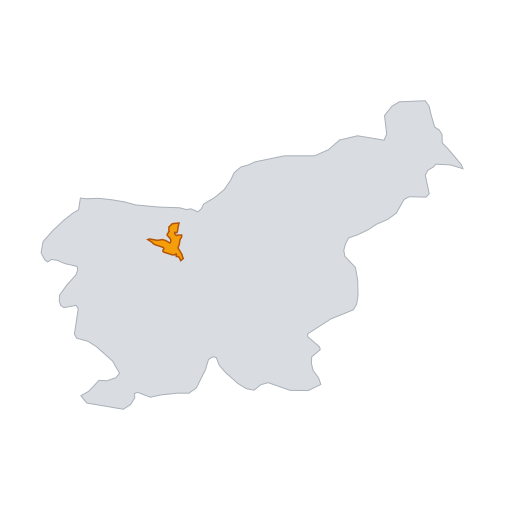 Slovenia, with Kranj highlighted, rotated 355°
{"feature_id": "SVN-1013", "entity_name": "Kranj", "entity_type": "Municipality", "adm_level": 1, "iso_a3": "SVN", "parent_name": "Slovenia", "parent_adm1": "", "projection": "mercator", "projection_center": [14.335, 46.256], "detail": "fine", "context": "in_parent", "style": "filled", "palette": "amber", "viewbox_px": 512, "rotation_deg": 355, "n_neighbors": 0, "source": "natural_earth", "source_scale": "10m", "svg_char_len": 2661}
<svg xmlns="http://www.w3.org/2000/svg" viewBox="0 0 512 512"><g transform="rotate(355 256 256)"><path d="M469.8,187.1L457.7,182.2L443.2,180.2L440.5,182.8L434.7,185.5L431.7,190.2L434.0,209.0L430.4,212.2L414.0,210.3L408.5,212.5L399.5,225.5L390.4,231.0L378.7,234.9L370.1,239.6L359.1,243.7L349.8,246.1L346.2,251.8L343.9,258.1L344.5,264.1L354.0,276.0L355.2,288.8L354.2,304.3L352.1,312.6L348.3,318.1L325.1,325.2L300.9,337.9L300.4,340.8L311.4,352.1L311.8,354.9L302.7,361.3L301.8,367.7L302.9,375.1L307.7,382.8L309.4,389.6L296.2,394.6L278.2,392.8L257.0,383.2L249.6,384.6L242.4,389.5L235.0,387.4L226.9,381.5L215.4,369.3L209.9,361.8L207.6,353.8L204.4,352.6L199.7,354.9L195.8,364.7L185.2,382.1L177.3,386.8L165.5,385.8L148.9,386.1L138.6,387.5L125.9,381.4L122.9,382.5L122.9,386.6L118.2,393.0L110.4,397.1L74.5,387.7L69.4,379.9L77.5,376.2L88.8,366.2L96.4,367.3L105.8,365.1L109.9,360.9L103.9,348.1L89.0,332.3L81.1,326.3L70.2,322.3L68.3,318.0L74.3,293.1L72.5,289.5L60.1,290.7L57.1,288.1L56.1,283.8L56.9,277.8L65.3,268.1L74.7,259.4L77.2,254.6L76.9,250.8L64.9,246.9L57.7,243.0L52.0,241.6L48.0,243.8L45.1,241.3L42.2,234.1L45.1,223.1L55.9,212.9L67.4,203.8L77.5,197.2L83.3,194.4L86.1,183.0L92.0,184.2L103.9,184.8L117.2,187.4L129.6,190.6L140.5,194.6L163.4,198.8L184.1,201.3L190.4,203.6L195.5,203.4L201.8,206.9L205.6,204.3L208.3,199.7L219.6,194.3L230.0,187.2L237.4,178.2L241.5,171.1L248.6,166.1L256.3,164.6L263.3,162.1L292.8,158.7L323.0,161.3L337.5,156.4L349.4,147.7L366.8,145.2L367.7,145.1L393.7,151.8L395.7,147.9L396.8,146.2L396.3,127.2L404.5,118.6L412.1,114.9L438.1,116.1L441.5,121.9L442.8,131.0L445.2,143.1L449.5,146.4L451.9,151.2L451.4,159.6L456.5,165.8L468.4,182.7L469.8,187.1Z" fill="#d9dde1" stroke="#a8b0b8" stroke-width="1"/><path d="M182.3,247.9L183.0,251.2L183.4,252.1L180.6,254.1L179.4,250.9L178.7,249.9L177.6,249.6L177.1,249.7L176.6,249.6L176.4,248.6L176.7,247.9L177.0,247.3L176.7,247.1L174.6,247.7L173.0,247.7L164.5,244.1L163.7,243.4L163.7,242.4L164.0,241.8L164.5,241.4L164.8,241.0L164.9,240.4L164.7,239.9L164.5,239.5L160.8,237.8L157.2,236.3L155.3,235.3L153.1,232.8L149.6,230.2L151.3,229.7L158.0,231.5L158.9,231.8L164.3,231.5L167.6,232.8L171.2,235.5L171.9,235.1L172.3,234.3L172.5,232.4L171.9,231.0L169.9,228.3L169.4,227.9L169.3,227.1L169.5,226.4L170.7,225.3L170.9,224.3L171.7,223.8L171.4,222.3L171.9,219.3L173.0,218.6L174.7,217.0L175.9,216.5L182.2,216.4L180.6,221.4L180.0,224.2L179.6,225.2L179.1,225.9L178.5,225.8L177.2,225.3L176.9,225.8L177.1,226.9L177.5,227.8L178.7,228.7L180.0,228.3L183.8,228.7L183.5,230.7L181.7,233.1L180.4,238.3L179.3,240.3L179.1,241.4L179.3,242.0L179.6,242.4L179.9,242.9L182.3,247.9Z" fill="#f59e0b" stroke="#b45309" stroke-width="1.5"/></g></svg>